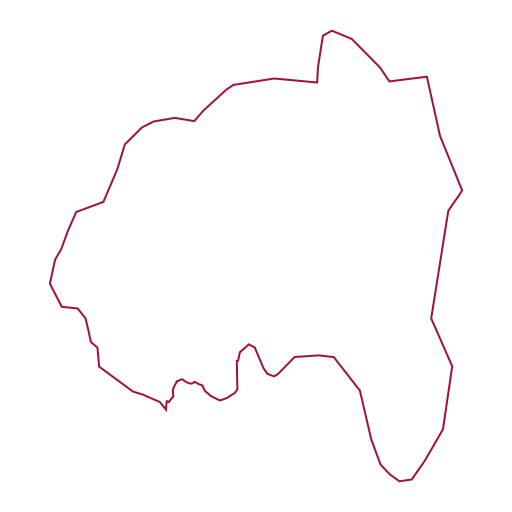 Ijebu North East, Ogun, Nigeria
{"feature_id": "59680162B36139632039116", "entity_name": "Ijebu North East", "entity_type": "district", "adm_level": 2, "iso_a3": "NGA", "parent_name": "Nigeria", "parent_adm1": "Ogun", "projection": "equal_earth", "projection_center": [3.998, 6.879], "detail": "fine", "context": "isolated", "style": "outline", "palette": "rose", "viewbox_px": 512, "rotation_deg": 0, "n_neighbors": 0, "source": "geoboundaries", "source_scale": "gbopen_adm2", "svg_char_len": 1699}
<svg xmlns="http://www.w3.org/2000/svg" viewBox="0 0 512 512"><path d="M462.1,190.3L440.0,135.9L426.9,76.7L389.4,81.4L379.9,67.4L351.8,39.0L331.9,30.7L322.9,35.7L318.0,67.1L317.1,82.5L274.2,78.5L234.2,84.8L233.8,84.6L226.1,89.8L202.8,111.2L194.3,121.1L174.8,117.9L153.6,121.5L142.0,127.4L124.8,144.5L117.3,169.2L103.4,201.9L76.2,212.0L68.1,230.4L61.2,249.2L55.1,259.7L49.9,283.7L61.8,306.8L77.6,308.5L85.5,318.3L88.4,330.4L90.9,342.0L97.4,347.6L99.2,366.7L133.2,391.7L142.1,394.3L159.8,402.0L166.0,409.6L166.1,407.4L166.3,405.2L166.6,402.7L166.8,401.2L168.3,401.7L168.8,402.0L169.0,402.1L169.2,401.7L169.5,401.2L170.0,400.4L170.5,399.9L170.9,399.5L171.2,399.1L171.4,398.7L171.6,398.3L172.2,397.9L172.8,397.2L173.3,396.6L173.3,396.1L173.3,395.3L173.2,394.5L173.0,393.6L173.0,392.7L172.9,391.9L172.9,391.1L173.0,390.1L173.1,389.4L173.2,388.7L173.3,388.3L173.8,387.4L174.3,386.2L174.8,385.1L175.4,384.1L176.0,383.1L176.5,382.5L176.7,382.2L176.7,381.8L176.6,381.4L178.7,380.6L179.9,380.0L181.2,379.5L181.7,379.3L182.7,379.6L183.8,380.4L185.0,381.2L185.3,381.4L186.5,382.1L187.9,382.8L189.3,383.2L190.6,383.6L191.6,383.5L192.9,383.2L193.7,382.5L194.4,381.8L195.3,382.2L197.7,383.5L199.2,384.4L201.7,385.0L202.6,385.9L203.8,388.5L204.9,390.7L205.8,391.7L207.0,392.6L209.0,394.3L210.9,396.1L220.0,400.5L226.7,398.1L235.0,392.8L237.4,389.2L236.8,361.0L238.1,360.6L239.9,352.2L248.8,344.4L254.7,347.4L263.6,368.4L267.4,373.8L274.0,376.4L277.9,374.1L294.6,357.0L318.8,355.4L333.8,357.1L359.9,390.6L371.3,439.6L380.6,464.7L389.6,474.2L399.4,481.3L411.7,479.5L424.8,460.8L443.0,429.2L452.2,366.3L431.2,318.4L448.3,210.8L454.5,201.7L459.1,195.3L462.1,190.3Z" fill="none" stroke="#9f1239" stroke-width="2"/></svg>